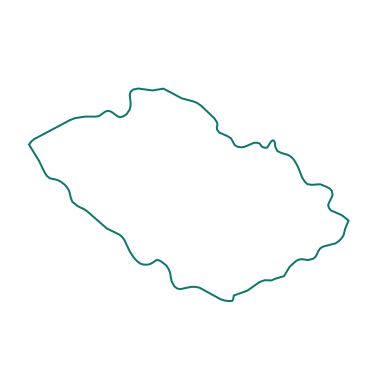 outline of Prahova, rotated 341°
{"feature_id": "ROU-310", "entity_name": "Prahova", "entity_type": "County", "adm_level": 1, "iso_a3": "ROU", "parent_name": "Romania", "parent_adm1": "", "projection": "natural_earth1", "projection_center": [26.063, 45.125], "detail": "fine", "context": "isolated", "style": "outline", "palette": "teal", "viewbox_px": 384, "rotation_deg": 341, "n_neighbors": 0, "source": "natural_earth", "source_scale": "10m", "svg_char_len": 2002}
<svg xmlns="http://www.w3.org/2000/svg" viewBox="0 0 384 384"><g transform="rotate(341 192 192)"><path d="M238.4,301.5L232.1,299.1L226.6,299.1L212.2,303.3L197.8,303.5L196.0,306.8L194.6,308.0L191.8,307.4L187.1,305.0L184.2,302.8L167.8,284.8L163.9,282.6L160.2,281.4L149.0,280.0L146.4,278.2L144.6,275.4L143.7,269.9L144.2,265.6L145.0,261.4L144.8,257.0L143.7,252.9L140.5,248.0L138.2,245.6L136.2,244.8L134.4,245.2L132.4,245.9L129.8,246.4L127.1,246.4L124.2,245.5L121.8,244.4L119.5,242.5L117.4,239.2L115.7,235.3L113.8,227.9L112.4,215.1L111.4,211.9L109.5,208.7L99.6,198.8L86.7,176.3L84.0,172.7L81.5,170.4L79.3,168.1L75.7,162.4L75.5,158.3L76.1,152.5L76.1,150.1L75.4,147.1L74.0,143.6L71.3,139.5L68.8,137.0L66.5,135.4L64.0,134.0L61.8,132.4L60.1,129.7L59.1,126.1L57.5,112.7L53.3,94.0L57.1,91.7L60.1,90.6L100.0,84.3L105.5,84.1L115.5,85.9L125.5,89.4L128.9,89.9L135.5,87.9L138.4,87.7L141.3,89.3L142.9,91.3L146.1,96.0L148.1,97.7L151.4,98.2L155.4,97.2L160.0,93.7L162.2,90.1L163.4,86.2L164.0,82.9L164.9,79.5L166.8,77.1L169.9,76.0L175.0,76.7L187.6,83.1L198.7,85.0L212.9,100.2L222.5,106.6L225.8,109.4L228.9,113.7L237.0,129.4L238.3,134.0L237.9,136.9L236.5,138.9L236.0,141.4L237.1,144.6L243.8,150.8L246.3,153.9L247.0,157.2L247.3,159.8L248.0,162.0L249.8,164.1L253.1,165.8L256.3,166.4L266.7,165.7L269.4,166.5L271.7,168.2L272.9,172.0L275.4,174.0L277.4,174.4L279.1,173.3L283.0,170.1L285.0,169.4L286.1,170.0L286.4,172.2L285.8,174.6L285.5,177.6L286.1,181.1L289.5,184.4L295.1,188.4L297.3,191.2L298.7,194.2L299.8,198.9L300.4,203.1L300.9,214.4L302.0,218.9L303.6,222.1L307.5,224.2L314.1,225.9L316.1,226.7L321.4,231.4L323.3,233.6L324.5,236.3L324.1,240.3L322.2,242.7L318.0,246.7L316.4,248.9L316.3,251.7L317.3,254.6L326.2,262.8L330.7,270.0L324.7,276.8L321.7,281.6L320.1,283.2L317.5,284.9L314.4,286.4L311.0,287.3L298.1,286.3L295.0,287.0L291.8,289.3L289.9,291.5L287.7,293.5L285.1,294.5L279.8,294.2L274.2,291.4L271.6,290.7L268.2,291.0L260.1,294.4L251.6,301.5L241.7,301.1L238.4,301.5Z" fill="none" stroke="#0f766e" stroke-width="2"/></g></svg>